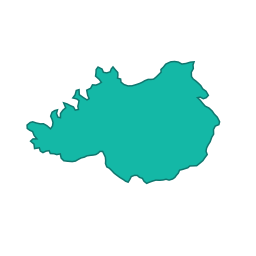 Jaborá, Santa Catarina, Brazil, rotated 329°
{"feature_id": "56859067B74919333247370", "entity_name": "Jaborá", "entity_type": "district", "adm_level": 2, "iso_a3": "BRA", "parent_name": "Brazil", "parent_adm1": "Santa Catarina", "projection": "robinson", "projection_center": [-51.784, -27.14], "detail": "fine", "context": "isolated", "style": "filled", "palette": "teal", "viewbox_px": 256, "rotation_deg": 329, "n_neighbors": 0, "source": "geoboundaries", "source_scale": "gbopen_adm2", "svg_char_len": 2351}
<svg xmlns="http://www.w3.org/2000/svg" viewBox="0 0 256 256"><g transform="rotate(329 128 128)"><path d="M85.8,73.3L85.0,78.6L81.4,79.2L77.6,80.8L75.4,84.4L73.5,82.7L74.2,78.7L76.9,76.1L74.1,75.3L71.0,75.4L67.8,78.0L67.3,81.8L66.5,84.7L64.3,87.4L61.2,88.8L59.6,84.1L57.7,80.8L55.1,79.4L52.0,76.5L49.5,73.6L47.1,72.9L43.0,73.5L41.4,76.5L42.6,79.3L44.4,81.9L43.7,86.1L44.3,90.4L40.9,88.4L37.7,89.1L39.1,93.4L37.3,97.5L41.8,99.3L41.0,102.6L42.4,105.3L45.8,105.6L48.7,106.8L48.3,109.9L51.4,112.0L53.2,114.1L56.6,115.3L55.2,119.4L56.1,123.0L59.0,125.3L62.9,128.1L66.0,129.3L68.7,129.3L72.3,129.5L75.6,130.5L78.4,130.7L81.6,132.0L84.3,133.3L86.8,134.2L89.4,134.2L91.8,133.6L94.2,135.0L93.9,138.4L93.6,141.3L92.1,144.4L90.4,146.9L89.8,150.4L91.3,152.9L92.1,156.0L92.9,159.7L94.1,162.7L95.6,166.3L97.4,169.7L98.5,172.3L100.2,174.5L103.1,173.0L105.8,171.3L109.1,171.9L111.5,173.4L112.4,176.2L114.4,178.6L114.3,182.0L115.5,185.1L118.0,185.4L121.5,186.1L125.0,187.0L128.2,189.1L131.3,190.6L134.2,191.5L136.4,193.8L140.0,194.7L142.7,194.5L145.0,193.5L147.8,192.6L150.5,190.7L153.4,191.6L156.4,192.3L158.8,192.9L161.4,192.4L164.0,193.8L167.5,195.7L171.9,195.1L175.4,194.5L178.7,193.0L182.2,191.6L182.9,188.1L185.1,185.6L188.1,183.7L191.3,182.1L195.1,179.0L198.2,177.4L200.5,173.3L203.8,171.3L207.6,171.9L209.7,169.9L210.1,164.7L209.1,160.4L208.9,156.8L207.7,152.6L205.4,149.0L204.6,144.7L204.2,141.5L203.2,137.8L205.8,138.7L207.6,141.7L210.6,142.3L213.7,141.4L213.8,136.7L212.2,132.9L212.2,129.1L211.4,126.0L210.4,122.8L209.1,119.6L208.9,116.6L211.0,112.8L214.6,110.7L216.2,107.4L218.7,105.3L215.4,103.7L211.0,102.6L207.1,100.9L205.1,97.4L202.2,95.0L198.8,93.3L195.7,92.9L193.2,92.7L189.9,94.0L186.4,94.8L185.1,97.2L181.9,98.0L178.6,98.8L175.0,99.3L172.7,98.2L170.3,96.7L166.7,96.1L163.8,96.1L161.0,95.8L157.3,95.0L153.1,93.9L149.6,91.9L146.9,88.6L145.6,85.1L146.9,82.2L144.7,79.9L146.5,77.6L147.8,75.1L147.1,71.6L146.6,67.9L144.2,68.7L141.6,70.7L138.1,69.8L135.6,67.6L136.1,64.1L133.7,60.3L130.8,61.5L128.8,64.5L126.9,66.8L128.4,71.5L128.7,75.1L125.6,75.2L122.6,74.7L119.8,72.7L116.4,74.7L112.1,74.3L110.3,79.1L109.8,82.8L107.3,82.8L105.2,78.5L103.4,74.3L105.8,69.9L103.0,69.2L99.8,72.3L96.2,73.8L99.0,76.6L100.1,79.3L98.2,81.5L96.2,83.5L95.1,86.6L92.0,85.5L92.1,81.9L89.9,78.8L88.2,76.0L85.8,73.3Z" fill="#14b8a6" stroke="#0f766e" stroke-width="1.5"/></g></svg>